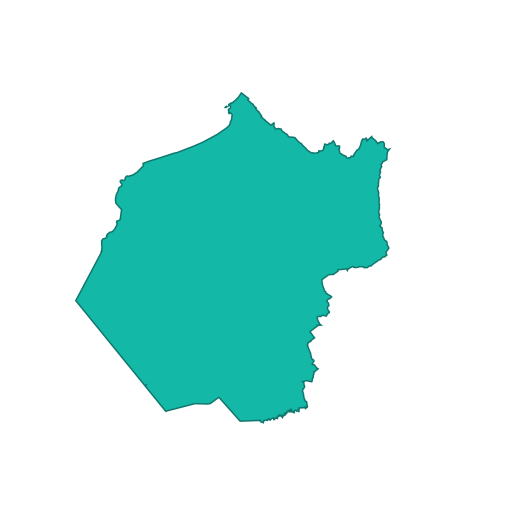 Alexandrina, South Australia, Australia (Mercator projection), rotated 138°
{"feature_id": "25037944B24690359827006", "entity_name": "Alexandrina", "entity_type": "district", "adm_level": 2, "iso_a3": "AUS", "parent_name": "Australia", "parent_adm1": "South Australia", "projection": "mercator", "projection_center": [138.826, -35.338], "detail": "fine", "context": "isolated", "style": "filled", "palette": "teal", "viewbox_px": 512, "rotation_deg": 138, "n_neighbors": 0, "source": "geoboundaries", "source_scale": "gbopen_adm2", "svg_char_len": 6130}
<svg xmlns="http://www.w3.org/2000/svg" viewBox="0 0 512 512"><g transform="rotate(138 256 256)"><path d="M181.1,172.9L178.8,172.9L177.1,171.6L174.8,171.7L168.2,170.9L167.3,170.8L165.7,170.0L163.5,170.4L162.1,170.1L160.8,169.2L158.0,169.2L157.9,170.4L157.4,171.4L156.4,171.8L156.0,172.2L154.4,172.3L151.9,173.0L151.0,176.6L149.2,179.1L149.8,182.3L149.1,183.5L148.4,186.1L146.7,187.7L145.7,188.1L145.3,190.0L143.5,192.6L144.0,195.6L142.7,195.7L141.1,196.5L140.2,197.3L139.3,200.7L137.9,203.5L137.0,203.5L136.2,204.5L136.0,205.9L133.7,208.0L132.8,208.4L130.8,210.8L129.8,211.4L129.3,212.9L125.6,216.7L124.4,219.4L123.2,220.1L122.4,221.2L120.3,225.4L119.0,225.9L118.6,225.8L118.0,226.2L118.1,226.4L113.1,231.1L111.1,231.1L110.8,231.5L110.5,233.2L106.9,235.4L106.7,236.6L104.2,237.9L102.8,238.3L101.8,240.5L100.6,240.4L99.0,241.2L94.4,240.1L93.1,241.2L92.4,242.2L89.2,245.0L87.6,245.7L85.3,246.1L87.2,247.0L87.6,249.7L88.0,250.3L87.8,251.1L85.6,253.5L85.0,255.5L85.5,256.2L86.4,256.6L87.1,257.6L88.3,257.5L89.2,258.1L89.9,258.1L89.7,258.3L90.3,259.3L89.9,261.5L90.6,266.4L90.1,267.3L96.5,267.3L95.5,268.5L95.3,270.0L96.9,269.9L97.6,270.2L98.3,271.5L100.4,270.9L104.4,268.2L108.0,266.7L110.2,267.1L115.5,265.8L116.7,265.2L116.9,264.8L118.4,266.5L120.1,266.0L122.9,267.9L122.5,270.3L124.0,273.1L124.1,274.5L124.4,274.7L124.8,276.6L123.4,278.5L123.2,279.0L123.3,279.8L121.6,280.3L120.4,281.8L120.8,282.5L122.6,283.7L123.0,284.6L121.8,287.9L121.4,289.8L123.0,289.9L124.0,289.4L125.3,289.9L126.1,290.8L126.8,290.4L127.4,290.4L129.2,291.6L129.8,293.1L131.0,292.7L131.3,292.0L132.0,291.8L132.5,291.2L132.8,291.4L133.9,290.5L135.8,289.7L138.2,291.1L138.6,292.0L139.1,292.1L140.3,291.0L143.6,293.0L144.2,294.1L144.9,294.8L145.7,295.1L147.1,300.1L146.9,301.6L147.3,307.8L147.1,308.5L147.2,309.6L147.8,311.0L148.0,312.9L147.9,318.0L149.4,319.9L151.7,322.2L151.9,323.0L151.6,326.1L152.5,327.8L152.4,328.8L152.8,330.3L152.9,331.7L152.9,332.3L152.3,333.3L152.6,333.9L153.3,334.4L153.9,335.7L156.2,336.9L156.5,337.8L156.2,338.1L156.0,340.7L155.0,341.2L154.0,342.2L153.7,342.9L157.4,343.3L158.6,351.0L158.4,351.0L159.1,356.0L158.2,356.1L157.4,361.6L157.8,361.7L157.6,366.0L156.8,365.9L157.2,368.9L156.7,370.6L157.2,372.9L157.7,377.5L156.1,377.8L157.8,387.0L163.0,385.7L167.5,385.5L171.5,385.7L172.0,386.3L172.6,386.0L172.7,386.5L173.9,386.4L174.0,386.7L174.8,386.8L175.3,386.0L175.7,385.8L175.1,385.6L174.6,384.8L174.7,384.3L175.2,383.6L176.0,383.2L177.0,383.1L177.6,383.4L178.3,383.4L179.2,382.5L179.2,381.7L180.5,380.9L180.6,379.7L180.0,379.5L179.5,379.8L179.0,379.0L179.1,377.1L179.9,376.1L180.5,375.9L182.5,374.0L183.7,373.4L185.3,372.9L186.4,371.8L187.7,371.4L188.5,370.8L192.7,370.9L203.4,372.3L207.6,373.3L219.2,376.1L228.8,379.3L245.8,385.8L248.0,387.2L260.5,392.7L273.1,398.5L275.6,399.3L277.9,400.4L279.3,398.4L289.2,397.8L289.9,398.1L292.5,398.4L293.6,398.8L297.1,400.4L297.6,400.7L298.0,401.5L298.9,401.9L300.2,401.8L302.2,400.5L303.4,400.4L304.3,401.0L304.4,401.7L304.9,402.3L306.3,402.7L306.9,402.4L307.4,401.5L307.6,399.0L308.2,398.4L309.3,398.1L312.4,398.4L315.2,396.4L318.3,395.3L321.4,393.1L323.1,391.5L324.8,388.9L324.9,381.7L324.6,380.7L332.7,373.8L333.6,374.2L334.6,374.2L335.8,375.1L337.3,374.2L337.4,372.9L337.7,372.6L341.3,371.1L343.7,370.4L346.4,370.2L347.7,370.7L348.7,371.5L350.8,371.5L351.5,371.8L353.8,370.9L353.9,370.1L354.7,369.7L356.2,369.9L357.0,370.5L358.6,371.1L360.6,370.5L363.8,366.8L364.8,365.2L366.1,364.3L366.5,363.7L367.9,363.0L367.6,362.5L419.8,343.4L425.3,234.1L424.0,233.7L425.4,233.1L427.0,200.9L425.6,200.4L400.1,187.1L391.0,178.4L388.6,176.9L379.0,176.0L378.1,175.7L378.3,143.9L362.9,131.0L363.3,130.7L363.4,129.7L362.1,127.2L360.5,128.4L358.5,127.5L357.9,126.4L357.4,126.2L356.2,126.7L355.4,126.7L355.2,126.4L355.7,125.4L355.2,124.5L353.6,124.8L351.5,124.1L351.2,123.8L351.3,123.6L352.2,122.7L352.2,122.3L349.9,122.3L348.8,120.9L348.5,121.1L348.5,121.9L348.3,122.2L346.4,121.6L346.3,122.3L345.9,122.6L344.4,121.7L344.8,121.2L344.4,119.2L344.4,118.2L343.6,118.7L343.7,119.7L343.1,120.3L342.7,120.0L342.2,118.7L340.3,118.3L340.0,118.4L339.9,118.9L340.0,120.1L338.7,119.3L338.3,118.6L337.5,119.0L337.1,119.7L335.6,119.7L335.8,117.9L335.0,117.6L334.6,117.7L334.7,119.0L333.6,118.4L332.7,118.9L332.4,118.6L332.5,118.0L334.0,116.4L333.9,116.2L333.1,115.9L332.8,114.3L332.4,113.9L332.2,114.0L331.6,115.4L330.4,115.3L329.9,114.8L329.7,113.5L328.5,113.2L328.4,112.0L328.1,111.7L327.8,111.9L327.7,112.8L326.7,113.1L326.9,113.8L326.2,113.7L325.9,114.2L325.1,114.2L324.4,113.1L323.2,112.5L322.9,111.8L321.3,111.2L321.2,110.8L321.4,109.5L321.0,109.5L320.8,110.6L320.5,110.8L320.1,110.7L319.5,109.3L319.1,109.3L318.4,109.9L317.7,111.0L317.6,111.8L316.3,112.9L316.0,114.2L316.5,115.4L316.0,116.1L315.8,117.4L314.4,119.8L314.2,120.6L313.5,120.9L311.8,124.4L311.8,124.8L309.8,125.6L308.0,125.9L307.2,126.5L306.1,128.9L305.4,129.5L305.1,130.1L305.5,131.5L302.0,129.7L298.8,125.3L297.5,125.8L296.3,127.2L295.0,127.3L294.6,127.5L294.0,128.5L291.5,129.9L290.8,131.2L289.4,130.6L287.6,130.9L286.0,130.5L285.3,130.6L285.8,132.2L285.5,136.2L286.8,137.8L284.5,138.9L283.9,139.1L283.6,138.9L282.8,139.8L283.4,142.1L282.7,143.5L282.6,144.2L282.1,144.5L281.5,146.1L280.8,146.6L278.2,153.8L277.8,154.1L277.5,155.5L276.2,156.0L275.7,156.7L272.2,156.0L272.1,156.5L267.3,156.0L266.5,163.7L256.9,162.9L256.8,163.5L253.9,161.1L254.2,163.0L253.4,165.5L253.4,166.2L251.6,169.7L249.5,169.1L248.8,167.9L248.3,167.7L246.9,167.7L245.7,166.9L244.3,164.6L243.9,164.4L243.2,164.4L242.6,164.8L242.3,165.3L239.4,164.9L238.8,165.5L238.6,168.1L238.2,168.9L236.7,170.4L235.1,170.3L233.8,172.2L233.5,175.4L231.6,175.7L229.7,175.0L227.2,175.0L227.4,177.1L228.2,178.8L228.3,180.2L228.8,181.5L228.2,182.9L228.3,184.6L227.4,186.3L226.4,189.3L223.7,193.4L222.7,194.3L214.8,193.5L212.3,191.9L211.1,190.6L205.2,189.9L204.5,191.0L197.0,185.6L197.8,184.5L197.8,184.1L197.3,184.5L196.1,184.6L194.3,184.4L191.0,183.4L190.8,182.9L190.8,182.0L189.5,180.5L186.9,179.0L185.9,178.7L183.1,175.6L183.5,175.1L181.1,172.9ZM178.9,386.4L178.0,386.3L177.6,386.5L177.7,387.0L179.0,387.2L179.5,387.0L178.9,386.4Z" fill="#14b8a6" stroke="#0f766e" stroke-width="1.5"/></g></svg>